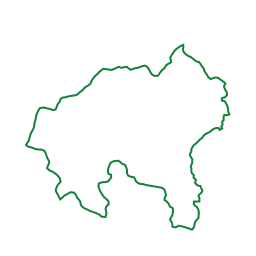 the district of Vargem Bonita, Minas Gerais, Brazil, rotated 101°
{"feature_id": "56859067B90088641523140", "entity_name": "Vargem Bonita", "entity_type": "district", "adm_level": 2, "iso_a3": "BRA", "parent_name": "Brazil", "parent_adm1": "Minas Gerais", "projection": "robinson", "projection_center": [-46.322, -20.439], "detail": "fine", "context": "isolated", "style": "outline", "palette": "green", "viewbox_px": 256, "rotation_deg": 101, "n_neighbors": 0, "source": "geoboundaries", "source_scale": "gbopen_adm2", "svg_char_len": 3396}
<svg xmlns="http://www.w3.org/2000/svg" viewBox="0 0 256 256"><g transform="rotate(101 128 128)"><path d="M211.0,181.0L208.9,179.2L206.7,177.7L204.9,175.6L203.3,173.6L201.9,171.9L201.8,168.6L203.8,166.1L205.7,165.0L207.4,162.9L209.1,161.0L211.1,160.2L213.4,158.8L214.9,156.1L215.9,152.1L216.8,149.1L217.0,146.8L217.6,143.2L218.4,139.8L220.1,136.9L219.6,133.1L216.4,132.8L213.8,133.6L211.3,134.7L208.7,134.0L206.5,132.4L203.7,133.2L202.0,135.5L200.2,138.6L197.4,141.4L194.8,143.6L192.9,144.8L190.7,146.0L188.1,146.0L186.2,143.2L185.5,140.3L184.4,137.5L182.0,136.2L179.9,135.1L177.1,135.7L176.9,138.1L174.8,139.4L172.2,139.7L169.1,139.3L165.9,138.6L164.0,136.8L162.9,134.5L162.0,131.4L162.7,129.3L164.1,127.3L164.8,123.8L167.0,122.3L169.2,121.0L172.0,120.6L174.6,119.0L175.3,116.3L175.3,112.5L178.6,110.2L180.1,107.7L180.6,105.2L180.2,102.8L180.4,100.3L180.5,97.8L180.4,95.2L180.4,92.2L180.2,88.5L180.3,86.0L180.2,83.2L181.5,80.5L184.3,78.9L187.0,77.9L189.3,78.6L191.6,78.6L192.9,75.7L194.9,73.4L197.1,71.8L198.1,68.9L200.5,68.0L202.9,67.9L205.1,67.8L207.3,68.6L209.9,69.3L212.1,67.2L214.1,66.1L216.4,65.6L216.5,62.3L214.3,59.6L214.2,56.7L214.4,54.1L214.8,50.7L215.6,45.8L212.5,44.2L208.7,44.4L206.2,43.7L204.3,42.5L202.4,41.6L200.4,42.1L198.3,42.1L195.5,43.0L192.6,45.0L191.6,47.2L190.3,48.9L187.6,49.3L187.1,46.7L186.5,43.9L183.2,44.5L181.4,45.8L179.2,45.0L177.3,43.5L175.3,43.0L173.2,44.6L171.1,45.9L171.1,48.9L169.3,51.6L165.9,51.4L164.3,54.2L161.8,54.3L160.4,56.5L158.5,57.6L156.0,57.9L153.6,59.1L150.4,58.4L146.5,58.8L143.8,61.4L141.8,62.3L139.4,61.4L136.7,61.7L134.1,61.0L132.0,60.0L130.4,58.4L128.0,56.7L125.4,55.1L123.4,53.2L120.5,52.1L118.4,49.7L116.6,47.3L114.8,45.8L112.7,44.0L111.3,41.7L110.8,39.0L112.4,37.6L110.5,35.4L108.7,36.8L106.7,35.8L103.8,36.8L101.8,35.5L99.4,36.3L96.9,36.0L96.5,33.4L95.4,31.1L92.8,32.7L89.4,33.8L87.3,34.8L85.0,36.5L83.4,38.1L83.1,41.2L80.6,41.3L79.3,38.7L76.8,37.1L74.1,37.8L71.7,40.1L68.7,41.8L65.6,40.9L63.7,44.5L62.5,47.3L61.4,49.5L62.0,52.7L64.2,56.0L63.0,58.8L60.9,60.4L59.2,62.2L57.6,63.8L55.2,65.0L53.0,67.5L51.2,69.2L49.7,70.8L49.5,74.0L47.7,77.3L46.3,80.1L45.6,83.2L44.3,86.0L42.5,88.0L40.3,89.1L37.9,89.1L35.9,89.6L38.1,92.7L40.6,95.0L42.6,96.7L45.2,97.8L48.2,99.1L50.8,100.0L53.3,98.9L55.3,98.3L57.3,100.7L59.4,102.7L62.2,103.5L64.4,105.4L67.0,106.8L70.9,108.5L71.9,112.2L70.5,115.2L68.7,116.9L67.0,118.2L64.7,120.3L63.5,123.4L64.7,126.0L66.8,129.3L67.9,132.3L69.2,134.4L70.3,136.4L69.4,138.8L68.1,140.7L69.1,143.5L70.2,146.3L69.7,149.0L71.8,151.6L74.1,155.1L74.3,158.2L74.4,160.6L74.6,163.5L76.4,165.2L78.1,166.7L80.3,168.0L82.7,169.8L85.5,171.5L88.5,172.7L91.6,173.2L93.9,175.2L96.4,178.0L98.5,179.2L100.8,180.8L102.4,182.6L104.4,183.6L105.9,185.9L107.1,189.2L108.2,192.4L109.7,195.0L110.4,197.4L111.9,199.6L115.2,200.1L118.2,201.6L121.1,202.1L123.6,202.6L124.8,204.9L124.3,207.9L124.2,211.0L123.9,214.6L125.3,218.2L128.0,219.4L130.9,220.1L134.2,220.5L137.1,220.4L139.5,220.6L141.8,220.8L144.8,220.4L148.1,221.1L151.5,222.3L156.0,222.8L159.2,223.0L161.2,223.7L164.0,224.9L165.3,222.9L165.5,218.8L166.2,215.5L166.2,212.1L165.7,208.7L166.4,205.6L169.0,203.6L171.0,202.7L173.2,201.2L175.5,199.2L177.5,198.7L179.6,199.3L182.8,199.8L184.7,196.9L185.2,193.7L186.2,191.5L187.6,188.7L190.3,185.4L193.6,183.8L196.1,185.5L198.2,186.4L200.5,186.9L203.2,187.0L205.9,185.0L208.7,182.6L211.0,181.0Z" fill="none" stroke="#15803d" stroke-width="2"/></g></svg>